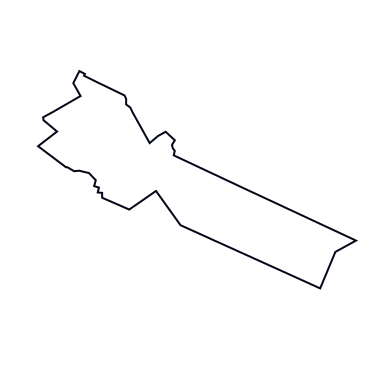 Herkimer, New York, United States of America, rotated 120°
{"feature_id": "52423323B32160257293354", "entity_name": "Herkimer", "entity_type": "district", "adm_level": 2, "iso_a3": "USA", "parent_name": "United States of America", "parent_adm1": "New York", "projection": "albers", "projection_center": [-74.979, 43.461], "detail": "fine", "context": "isolated", "style": "outline", "palette": "ink", "viewbox_px": 384, "rotation_deg": 120, "n_neighbors": 0, "source": "geoboundaries", "source_scale": "gbopen_adm2", "svg_char_len": 703}
<svg xmlns="http://www.w3.org/2000/svg" viewBox="0 0 384 384"><g transform="rotate(120 192 192)"><path d="M163.1,151.7L169.4,226.1L165.0,227.5L163.7,230.5L161.2,232.9L155.8,232.7L153.0,244.9L160.6,249.5L170.8,253.1L153.2,282.5L149.7,287.7L149.1,292.8L144.3,295.6L142.1,298.7L142.7,306.5L144.3,328.0L145.3,343.7L143.3,343.8L143.6,350.0L157.1,349.2L164.6,336.5L192.6,352.7L201.8,358.3L204.1,356.4L207.1,339.1L229.3,348.2L233.6,313.4L232.9,312.6L232.9,304.4L229.8,300.1L229.1,297.3L227.1,290.7L229.9,281.2L235.8,279.7L234.7,274.8L239.5,273.4L237.7,269.4L241.9,266.9L238.6,237.6L209.1,223.7L226.5,185.3L211.4,32.8L172.2,37.9L152.1,25.7L163.1,151.7Z" fill="none" stroke="#020617" stroke-width="2"/></g></svg>